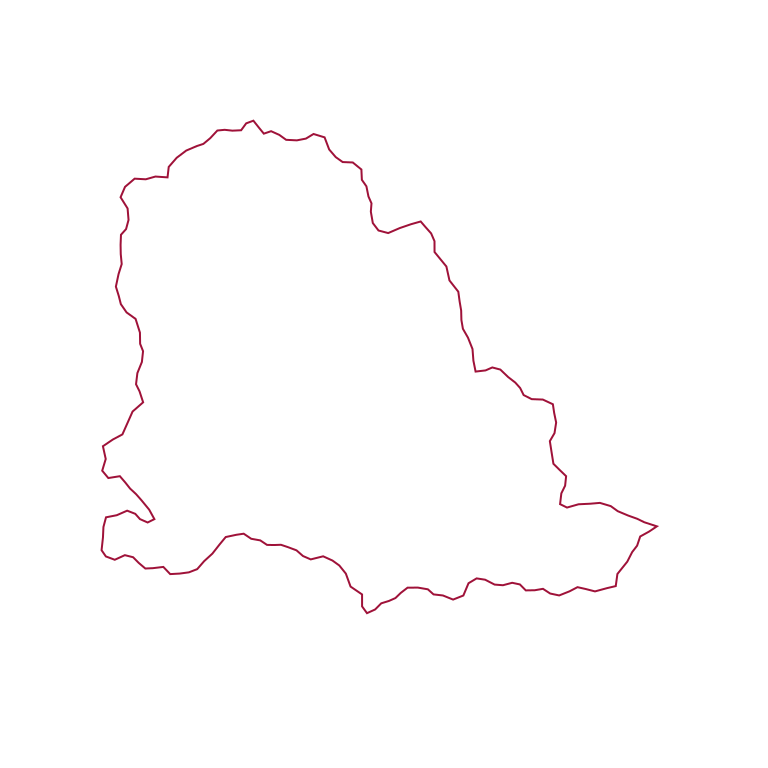 outline of Nova Serrana, Minas Gerais, Brazil, rotated 192°
{"feature_id": "56859067B56577465967260", "entity_name": "Nova Serrana", "entity_type": "district", "adm_level": 2, "iso_a3": "BRA", "parent_name": "Brazil", "parent_adm1": "Minas Gerais", "projection": "natural_earth1", "projection_center": [-44.98, -19.859], "detail": "fine", "context": "isolated", "style": "outline", "palette": "rose", "viewbox_px": 768, "rotation_deg": 192, "n_neighbors": 0, "source": "geoboundaries", "source_scale": "gbopen_adm2", "svg_char_len": 2647}
<svg xmlns="http://www.w3.org/2000/svg" viewBox="0 0 768 768"><g transform="rotate(192 384 384)"><path d="M87.5,301.5L100.7,302.9L108.3,304.8L117.9,306.1L128.9,308.2L136.8,311.7L148.1,312.6L157.3,309.8L168.7,306.8L179.3,301.2L186.8,303.1L187.8,313.9L185.7,322.2L186.7,331.7L194.4,336.5L201.7,341.2L205.9,352.1L209.9,362.6L207.0,371.4L207.6,382.1L211.5,391.0L214.6,399.3L225.4,401.8L236.4,399.9L245.1,402.2L250.0,408.4L255.9,412.7L264.0,416.6L273.2,422.3L281.5,422.7L287.5,418.4L297.0,415.2L301.4,425.4L304.7,436.6L311.5,446.8L318.3,454.4L321.6,462.7L323.8,471.9L327.2,480.5L330.5,489.7L341.5,498.9L347.4,511.9L354.4,517.5L362.0,523.6L364.3,534.2L369.2,541.1L376.4,546.4L381.9,550.6L390.8,545.9L401.0,539.8L411.3,532.5L421.3,533.0L428.4,539.1L432.7,549.8L433.8,558.1L438.2,564.2L442.3,573.7L448.1,579.1L450.7,589.1L460.6,594.2L470.6,592.5L478.4,595.9L486.4,602.0L493.4,612.9L504.9,613.9L511.4,607.8L519.9,604.2L530.5,602.5L538.2,605.9L547.0,607.8L553.6,603.9L559.6,608.7L566.5,614.4L573.0,610.3L576.5,602.5L584.9,600.3L592.7,599.5L599.7,597.3L605.1,588.3L610.6,581.3L616.6,577.8L626.0,571.2L633.8,562.2L639.7,551.6L638.7,541.1L650.7,539.4L659.6,534.7L670.6,533.0L678.3,523.0L680.5,511.9L671.3,502.4L668.0,491.4L668.5,481.9L672.3,475.3L670.6,465.4L668.5,456.3L665.5,446.8L666.5,436.3L666.5,423.5L661.7,414.9L658.0,407.4L650.7,400.5L640.5,396.0L633.4,383.5L630.9,372.6L626.5,366.0L625.4,355.2L627.5,343.4L626.5,332.2L621.6,326.0L615.8,316.0L624.2,304.8L626.8,292.5L629.4,280.3L637.6,273.4L646.0,264.7L640.6,252.8L641.6,240.6L634.1,234.7L623.2,238.9L616.5,233.8L610.6,228.9L603.6,224.7L597.0,219.8L587.6,212.3L580.5,204.1L586.4,199.4L594.6,201.1L600.3,205.3L608.9,206.7L618.1,200.1L628.2,195.8L628.7,185.8L627.0,175.5L625.7,162.7L620.2,157.5L610.8,156.1L601.9,162.7L593.4,162.4L586.7,158.0L579.1,153.9L571.8,155.8L561.8,159.2L553.6,153.6L544.4,156.1L535.7,159.2L528.2,164.1L523.1,173.3L516.6,182.4L511.5,192.8L507.0,201.4L497.1,205.8L490.1,208.4L481.7,205.0L472.5,205.3L465.0,202.3L458.2,203.6L451.4,205.3L444.4,204.5L435.0,203.1L427.5,198.9L419.2,197.2L407.7,202.8L397.7,200.6L390.0,197.2L381.9,190.6L374.6,178.9L361.7,173.6L359.2,161.9L353.0,156.3L345.8,161.6L341.1,168.9L334.1,172.8L328.3,177.0L324.2,183.1L318.6,189.7L308.4,191.9L298.4,192.3L291.8,188.5L282.4,189.4L271.6,187.5L262.4,193.6L259.9,206.7L253.0,213.1L244.4,213.6L234.1,210.8L225.8,211.9L217.3,216.2L209.4,216.2L202.4,211.6L193.7,213.6L185.9,216.7L177.9,213.6L168.7,213.6L159.4,219.8L152.5,225.5L144.1,225.4L134.5,225.0L123.2,230.8L115.3,234.5L116.2,246.7L109.1,260.8L106.3,271.2L102.8,278.5L101.7,288.1L94.1,294.7L87.5,301.5Z" fill="none" stroke="#9f1239" stroke-width="2"/></g></svg>